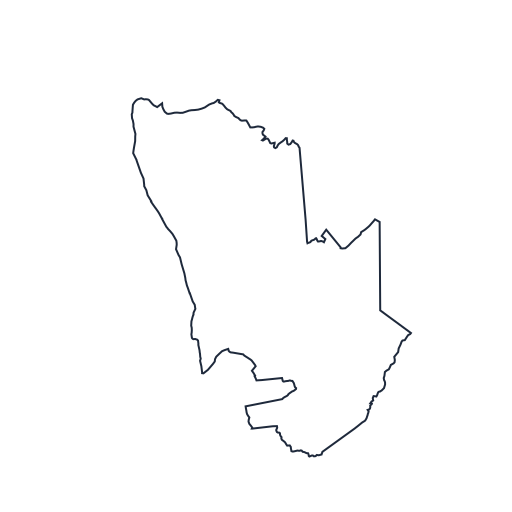 outline of Unión Hidalgo, Oaxaca, Mexico, rotated 230°
{"feature_id": "50627088B59683558731629", "entity_name": "Unión Hidalgo", "entity_type": "district", "adm_level": 2, "iso_a3": "MEX", "parent_name": "Mexico", "parent_adm1": "Oaxaca", "projection": "robinson", "projection_center": [-94.827, 16.487], "detail": "fine", "context": "isolated", "style": "outline", "palette": "slate", "viewbox_px": 512, "rotation_deg": 230, "n_neighbors": 0, "source": "geoboundaries", "source_scale": "gbopen_adm2", "svg_char_len": 5709}
<svg xmlns="http://www.w3.org/2000/svg" viewBox="0 0 512 512"><g transform="rotate(230 256 256)"><path d="M255.1,175.9L254.5,175.6L252.8,171.9L252.2,171.2L251.2,170.4L251.2,170.1L249.9,168.0L248.5,166.1L247.5,164.6L244.3,161.6L242.3,160.6L240.5,159.2L238.6,157.4L237.6,156.2L234.5,154.3L234.0,154.2L233.2,154.3L232.6,154.5L231.5,156.1L230.1,156.9L229.6,157.2L228.4,157.2L225.7,155.4L225.0,154.7L220.2,152.2L218.1,150.8L217.3,150.4L214.5,148.4L213.1,147.8L212.6,147.2L211.7,145.8L209.3,144.6L206.7,143.3L201.3,139.8L200.9,139.4L199.9,140.3L199.8,143.1L199.7,145.9L200.1,148.4L200.6,151.3L201.0,153.7L201.7,156.6L203.3,158.3L204.4,160.8L204.7,164.9L204.9,168.8L204.1,171.4L202.7,175.0L200.8,174.1L199.6,174.2L198.5,174.6L196.7,176.3L191.4,180.8L189.4,182.5L189.1,182.8L188.8,183.0L187.4,183.0L185.1,183.7L183.6,184.2L182.2,184.6L180.3,185.2L178.9,185.5L176.5,185.4L174.8,185.3L173.1,185.2L171.8,184.9L171.3,182.4L171.0,180.6L170.7,179.1L169.2,179.0L167.9,178.9L164.9,178.4L164.9,177.7L162.1,177.0L160.4,176.4L157.3,180.6L145.8,197.5L143.1,196.2L142.2,196.3L141.6,197.1L141.4,197.6L140.7,198.8L139.6,200.4L138.9,202.0L137.6,202.8L136.9,203.6L134.5,203.3L133.2,202.8L131.6,202.0L130.4,201.6L129.0,201.8L128.4,201.2L128.4,200.3L128.4,198.8L128.7,197.4L129.0,196.8L129.3,193.6L129.3,191.8L128.9,190.9L129.0,189.5L129.4,187.8L129.6,186.8L129.7,185.5L129.5,184.1L147.5,151.4L145.7,150.3L143.9,149.3L142.1,148.2L140.5,147.5L138.5,147.2L136.6,147.1L135.1,145.0L133.9,143.8L131.7,143.0L129.2,143.0L126.7,142.8L126.4,141.9L126.3,142.0L114.8,159.4L112.2,162.7L111.4,162.2L110.9,161.9L110.4,161.1L109.9,159.9L109.2,159.3L107.7,158.9L106.6,159.3L105.7,160.3L104.8,160.4L103.6,159.5L102.2,159.1L100.8,159.1L100.0,158.2L99.3,157.9L98.6,157.7L96.4,158.2L94.6,158.5L92.2,158.1L90.7,158.0L89.2,160.1L87.3,159.9L86.4,159.2L85.3,158.6L83.7,157.7L82.5,158.5L81.7,159.9L80.9,161.5L80.4,162.6L79.6,163.3L78.6,164.4L78.4,165.3L77.6,165.9L76.0,165.9L75.0,166.8L73.9,167.4L72.6,167.9L71.4,169.1L70.2,168.7L68.9,167.9L68.1,168.0L67.6,169.4L67.4,170.3L66.7,171.3L65.3,171.6L64.4,173.0L64.5,174.7L63.2,175.8L62.6,176.8L62.1,178.2L61.8,178.6L63.3,181.0L62.3,194.8L62.0,198.9L61.0,212.7L60.4,220.9L60.4,221.9L60.3,224.1L60.2,230.4L59.8,233.0L59.8,234.0L60.2,235.1L60.6,236.3L61.3,237.4L61.9,238.4L62.5,239.4L63.1,240.1L63.6,241.1L64.6,242.4L66.3,242.6L65.7,244.2L65.9,245.2L66.5,246.1L67.4,246.9L68.1,247.4L68.1,249.2L68.4,249.9L69.5,249.9L69.8,249.4L70.0,250.1L70.3,250.9L70.0,252.9L72.1,254.1L73.1,256.0L72.3,256.8L71.0,257.9L71.6,259.5L72.1,260.2L72.6,261.1L73.0,261.9L73.1,262.5L72.8,263.4L72.4,264.0L72.4,264.9L72.2,265.6L72.5,269.1L74.6,272.3L76.2,273.6L77.4,274.1L78.7,274.4L80.4,275.4L81.6,277.3L82.9,278.7L84.3,280.2L84.3,282.4L83.8,284.9L84.7,287.0L85.9,289.3L85.3,292.4L85.5,293.8L87.1,295.5L89.9,297.1L91.0,303.1L93.5,305.9L95.2,309.7L96.8,312.5L97.1,313.9L95.9,315.9L97.2,320.1L97.6,321.8L97.2,323.3L97.1,324.0L97.4,325.2L134.5,316.2L202.6,372.6L207.6,370.7L207.5,370.1L207.2,369.1L206.9,367.1L206.7,365.6L206.4,363.8L206.2,362.5L206.1,360.6L206.1,359.1L206.1,357.2L206.2,355.5L206.7,351.9L205.3,349.9L205.2,347.8L205.1,346.5L205.3,344.8L205.4,343.3L205.2,340.8L205.1,339.6L205.0,337.7L204.5,333.5L204.5,329.5L206.3,326.9L207.6,325.8L208.3,326.4L231.0,326.7L229.1,319.2L224.4,320.0L222.9,316.9L223.7,316.7L225.3,315.8L225.8,315.4L226.0,314.7L227.2,312.8L227.7,312.8L227.8,312.8L228.5,312.9L229.8,313.3L230.5,313.5L231.0,313.5L231.1,313.2L231.2,312.9L231.1,312.1L231.1,311.6L231.1,311.1L231.7,309.4L232.0,308.6L232.1,308.1L231.9,307.6L231.7,306.5L232.4,304.5L232.8,304.0L232.8,303.7L234.1,304.3L251.6,317.1L310.9,358.9L312.5,359.0L313.1,359.3L314.0,359.5L315.2,359.4L316.5,358.9L317.9,358.4L319.2,358.4L320.2,358.8L320.9,358.3L320.3,356.7L319.7,354.2L320.4,352.5L322.0,352.2L323.3,353.2L325.0,354.2L326.4,355.3L327.2,354.5L326.9,352.6L326.8,350.0L327.0,348.5L327.2,345.4L326.8,343.8L325.9,341.8L326.2,340.2L327.6,339.7L328.7,340.3L330.1,342.5L330.8,343.1L332.3,340.1L333.3,339.5L336.9,340.4L338.3,340.4L339.1,339.7L339.5,338.7L340.0,335.5L340.8,335.1L340.9,337.6L341.4,340.0L344.6,339.3L346.1,340.0L346.9,340.8L347.2,342.5L348.1,344.1L349.7,343.9L351.9,342.7L354.0,340.8L355.1,338.9L355.8,337.4L356.3,336.7L356.8,335.9L358.2,334.3L361.0,334.9L363.6,335.4L366.0,335.7L367.3,334.2L368.7,332.2L370.0,331.4L371.6,331.2L372.9,331.2L375.4,330.0L377.3,329.4L378.5,329.7L380.3,329.8L382.0,329.5L383.4,329.7L384.7,329.2L386.0,328.6L387.2,328.2L389.5,328.0L390.8,328.1L393.4,328.1L394.6,327.9L396.4,326.7L397.6,326.3L398.8,328.1L400.2,327.1L400.1,324.7L400.4,321.9L401.1,320.6L402.1,317.6L402.3,316.0L402.7,312.3L403.8,309.1L405.3,305.8L407.2,302.9L409.2,300.2L410.4,298.2L411.6,295.0L412.8,291.9L414.5,289.8L415.7,288.6L416.6,287.7L418.2,285.6L419.8,282.4L421.2,280.2L422.3,279.3L425.2,278.8L428.1,279.4L430.5,280.2L433.3,282.2L433.5,278.3L433.6,276.0L434.7,275.6L437.2,274.5L439.5,274.3L444.3,274.3L445.4,273.8L446.9,272.4L447.8,271.0L450.6,269.5L452.1,265.9L452.2,263.6L451.8,261.4L451.0,259.0L449.5,257.5L446.3,254.4L445.3,253.5L444.4,251.9L441.2,249.6L438.8,248.7L435.8,247.0L433.8,245.3L427.0,242.1L425.2,240.3L421.7,237.3L417.2,231.9L415.0,229.4L413.7,228.0L406.3,226.2L406.1,226.0L393.7,221.3L387.6,219.6L382.4,216.1L381.3,215.2L376.9,214.3L372.1,212.0L365.2,211.0L365.1,210.5L360.9,210.1L359.4,210.0L358.4,209.9L356.6,209.8L353.1,209.5L350.9,209.2L347.0,208.4L344.9,208.1L344.9,207.9L336.0,206.1L334.1,206.1L333.4,206.0L330.2,206.2L326.6,206.2L324.1,205.8L318.9,204.8L317.0,203.6L315.5,202.4L312.6,199.1L306.5,197.3L303.8,196.9L297.4,193.7L288.8,190.0L284.6,187.7L282.6,186.4L280.4,185.4L278.0,184.2L275.2,183.2L270.1,181.2L270.0,181.4L261.9,178.3L258.0,177.7L255.1,175.9Z" fill="none" stroke="#1e293b" stroke-width="2"/></g></svg>